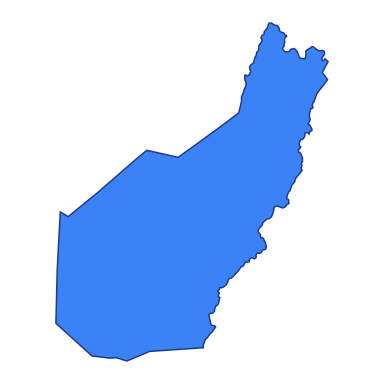 outline of Pocahontas, West Virginia, United States of America
{"feature_id": "52423323B52249566061450", "entity_name": "Pocahontas", "entity_type": "district", "adm_level": 2, "iso_a3": "USA", "parent_name": "United States of America", "parent_adm1": "West Virginia", "projection": "equal_earth", "projection_center": [-79.805, 38.387], "detail": "fine", "context": "isolated", "style": "filled", "palette": "blue", "viewbox_px": 384, "rotation_deg": 0, "n_neighbors": 0, "source": "geoboundaries", "source_scale": "gbopen_adm2", "svg_char_len": 3673}
<svg xmlns="http://www.w3.org/2000/svg" viewBox="0 0 384 384"><path d="M57.2,269.5L55.9,323.3L91.9,355.9L109.7,358.1L116.3,357.7L126.8,361.0L149.6,351.4L203.3,347.7L203.2,345.3L205.3,339.6L205.7,339.1L207.3,337.8L209.7,334.2L211.2,332.7L212.4,331.8L212.7,331.3L212.8,330.6L213.9,329.5L215.1,327.8L215.6,326.7L214.4,325.7L212.7,325.5L211.3,325.0L211.0,324.6L208.8,314.9L209.6,313.6L212.9,313.0L214.6,311.0L214.7,308.7L215.9,306.0L216.0,305.8L216.8,305.6L218.4,303.8L219.8,297.6L219.7,297.4L219.4,297.2L218.7,297.2L218.3,296.2L218.4,295.1L219.1,293.8L219.2,292.6L217.6,291.6L217.5,291.4L219.0,289.8L219.3,289.5L219.3,288.6L220.0,287.6L221.2,287.8L223.0,287.3L225.8,285.3L227.8,282.0L228.0,280.8L228.2,280.4L228.3,279.7L229.6,278.4L230.2,278.2L231.0,278.2L232.9,276.7L238.5,270.5L241.0,267.0L243.4,265.9L244.8,262.7L245.3,262.2L246.1,262.0L248.1,262.1L248.9,261.8L249.3,261.3L249.3,260.3L249.7,259.1L250.5,258.1L252.5,257.7L254.1,258.7L254.6,258.8L255.5,258.1L256.3,257.2L256.0,256.2L256.0,255.5L256.6,254.0L257.4,252.9L259.5,253.5L261.3,252.4L262.4,250.2L263.2,250.0L265.4,249.4L265.8,248.9L266.3,246.7L265.5,242.9L263.4,238.5L262.5,237.7L260.7,237.7L260.5,235.4L260.3,234.5L259.0,233.0L258.1,231.4L258.1,230.6L258.6,229.3L260.3,227.1L261.9,225.6L262.4,224.6L263.0,222.5L266.9,219.0L269.3,218.6L271.6,216.7L272.7,213.7L274.0,209.4L273.7,208.2L274.7,206.7L277.2,206.1L278.0,206.2L282.2,207.9L283.4,207.8L285.6,206.5L286.6,204.9L287.5,204.1L288.4,203.9L288.8,203.4L288.9,203.1L288.8,202.0L288.5,199.8L288.2,199.3L287.1,199.1L286.7,198.5L287.3,195.2L288.6,192.0L290.0,190.8L291.9,185.0L293.5,183.3L295.0,181.1L294.9,179.9L295.8,178.2L302.0,170.6L301.9,169.9L301.5,169.4L301.3,168.2L301.4,166.7L302.0,165.3L301.3,163.5L302.3,161.9L302.5,161.5L302.5,158.4L302.3,157.5L301.5,155.1L299.8,152.5L298.6,152.2L298.4,150.2L298.6,149.6L299.8,148.3L300.3,148.1L300.6,146.8L299.9,146.6L299.3,145.1L299.1,143.8L300.2,140.4L301.0,139.4L301.4,139.2L302.5,139.5L304.4,137.0L304.9,135.5L304.9,133.7L305.4,132.6L307.7,132.7L309.0,134.0L309.5,132.4L309.6,131.9L310.0,131.5L310.7,131.0L311.5,130.9L312.0,130.2L311.7,128.7L310.3,126.0L309.2,124.7L308.6,124.5L308.1,123.9L309.6,121.2L310.3,119.3L309.3,116.8L309.4,113.9L310.9,108.4L311.8,108.6L313.0,107.7L312.5,105.9L312.2,105.3L313.0,102.8L313.4,102.6L314.2,101.1L316.8,93.7L327.6,79.7L322.3,72.4L328.1,61.6L324.9,58.8L324.0,60.5L322.5,60.6L321.8,59.0L322.0,57.5L323.8,55.3L324.5,53.6L324.2,51.4L322.6,50.5L319.6,50.9L317.0,49.8L314.6,47.9L313.8,47.2L312.0,46.5L311.1,47.6L308.4,49.0L305.8,51.0L306.0,54.0L305.6,57.0L305.1,58.7L303.3,58.7L301.0,58.4L298.9,56.9L298.4,54.1L297.4,52.6L296.8,50.8L294.3,48.5L290.8,49.3L289.3,51.5L287.7,51.9L285.0,51.8L283.4,50.2L282.5,48.8L283.1,47.1L283.9,46.7L284.1,45.3L283.9,44.6L284.6,43.1L284.6,40.5L284.6,38.7L285.6,37.0L286.6,36.6L286.4,35.4L285.9,35.6L285.0,34.9L283.4,32.8L281.2,32.2L279.9,31.3L279.2,28.8L278.5,26.8L276.9,25.5L274.5,25.0L272.9,24.0L271.4,23.0L269.4,23.1L268.4,24.2L268.2,26.0L267.0,28.4L265.7,29.9L264.2,31.9L264.1,34.0L261.8,35.7L261.0,37.3L261.3,38.7L262.0,39.1L261.9,41.3L260.9,42.8L258.9,45.4L258.9,48.2L258.4,50.5L256.8,52.3L256.5,53.3L256.6,54.4L255.9,55.7L255.2,57.2L254.7,58.0L254.2,59.8L253.9,62.6L251.1,64.6L249.5,67.0L250.0,69.9L250.9,71.6L249.2,74.8L247.9,75.8L246.7,75.6L246.1,75.2L245.1,75.0L244.8,75.4L244.7,77.6L244.9,80.0L245.8,82.0L246.2,84.5L245.6,86.8L243.9,90.1L243.3,92.9L241.5,96.8L241.5,100.6L240.9,104.1L240.1,107.2L239.4,110.1L238.7,112.9L226.9,121.9L215.0,130.6L196.4,144.2L178.2,157.3L162.5,153.8L146.8,150.3L135.9,159.3L124.1,169.6L115.0,177.5L102.6,188.3L99.2,191.3L68.2,216.6L60.3,212.0L57.2,269.5Z" fill="#3b82f6" stroke="#1e3a8a" stroke-width="1.5"/></svg>